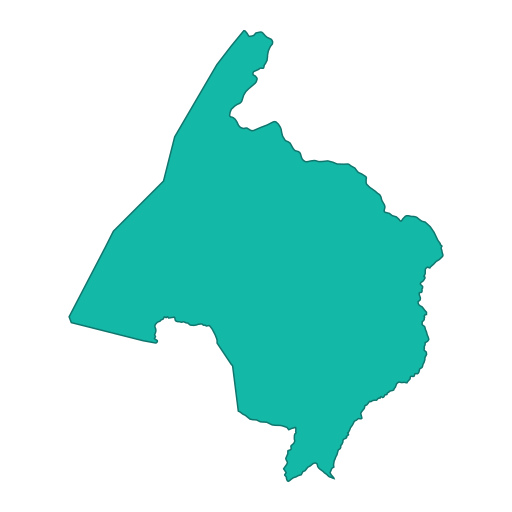 Patuca, Olancho, Honduras (orthographic projection)
{"feature_id": "27666195B65375396253537", "entity_name": "Patuca", "entity_type": "district", "adm_level": 2, "iso_a3": "HND", "parent_name": "Honduras", "parent_adm1": "Olancho", "projection": "orthographic", "projection_center": [-85.91, 14.325], "detail": "fine", "context": "isolated", "style": "filled", "palette": "teal", "viewbox_px": 512, "rotation_deg": 0, "n_neighbors": 0, "source": "geoboundaries", "source_scale": "gbopen_adm2", "svg_char_len": 6081}
<svg xmlns="http://www.w3.org/2000/svg" viewBox="0 0 512 512"><path d="M143.0,340.7L155.6,343.0L156.2,342.9L157.0,342.2L157.4,341.3L157.3,340.6L154.8,338.9L154.4,338.3L154.5,338.0L155.5,336.8L155.4,336.3L154.8,335.4L154.6,334.9L155.6,332.2L155.9,330.8L155.7,328.9L154.8,326.7L155.1,325.1L155.3,324.5L157.1,322.5L158.2,321.8L159.9,321.3L160.9,320.1L163.2,319.0L164.0,317.3L164.4,316.9L166.1,317.6L166.5,317.5L167.2,316.8L167.5,316.7L167.8,316.9L168.6,318.0L174.3,317.2L174.8,317.8L175.2,320.1L175.7,320.8L176.2,321.2L177.4,321.6L180.1,321.8L181.5,322.3L183.5,321.7L186.2,322.9L187.2,322.9L188.0,323.2L189.7,324.7L190.5,325.1L193.8,325.4L196.3,325.0L198.3,324.3L201.5,323.9L202.1,324.1L202.7,324.7L203.8,325.3L205.0,325.1L206.3,326.0L208.8,325.6L209.4,325.7L209.7,325.9L212.2,329.1L215.1,334.7L216.7,338.7L217.1,340.5L217.1,343.1L231.3,364.4L232.6,365.8L238.3,411.1L240.1,412.0L242.8,414.1L245.3,415.3L250.1,419.2L252.9,419.7L256.5,419.9L259.9,421.6L261.0,421.9L266.6,422.2L272.2,424.9L275.5,425.3L280.2,425.4L282.2,425.8L287.0,427.4L288.7,429.7L289.4,429.5L291.9,428.3L294.1,427.9L294.9,427.4L295.3,427.5L295.7,427.7L295.9,429.3L295.7,431.5L296.0,432.7L295.7,433.3L294.9,433.9L294.4,435.5L294.3,439.0L294.8,440.9L294.7,441.3L293.8,443.3L291.1,445.7L290.9,446.4L291.2,448.5L291.0,449.2L290.4,449.8L288.1,450.6L287.9,450.8L287.8,453.8L285.8,458.3L286.0,459.4L287.4,462.1L287.3,463.0L286.7,464.4L283.6,468.8L286.1,472.5L285.9,473.1L284.7,474.6L284.7,475.1L286.3,476.9L286.5,478.7L286.9,479.9L287.5,480.9L288.2,481.3L289.4,480.8L291.5,479.0L293.4,477.7L296.0,476.9L298.1,475.7L301.3,474.7L302.7,471.8L305.2,470.6L307.8,467.2L310.3,465.9L312.9,463.7L314.9,462.9L316.0,463.2L317.2,464.1L317.7,466.5L318.6,467.9L320.0,469.2L323.3,471.6L324.4,472.8L326.6,474.3L328.6,476.3L329.8,477.0L331.1,477.3L332.4,478.0L334.0,478.5L333.7,477.7L331.1,474.7L330.0,472.6L331.0,470.5L331.3,469.5L331.9,468.5L332.5,467.8L333.8,467.2L333.8,466.5L333.6,465.4L333.6,464.3L334.2,460.8L335.0,459.2L335.8,456.8L336.9,454.9L338.2,450.2L338.6,449.7L339.9,448.9L340.4,448.2L340.8,447.1L340.6,445.9L342.0,444.1L342.7,442.5L342.9,441.9L342.9,440.5L343.3,439.8L344.2,438.8L345.1,438.6L346.4,437.9L346.7,437.2L346.4,436.5L348.5,434.8L348.5,434.3L347.8,433.4L347.7,432.9L348.3,432.6L349.7,429.9L350.4,427.9L352.6,424.8L354.2,421.5L354.7,421.0L356.5,420.1L358.3,418.6L361.1,418.8L361.8,418.4L361.9,417.9L360.7,413.3L361.9,411.4L364.3,408.4L365.0,405.6L365.5,405.3L366.2,405.2L366.9,404.8L369.6,401.4L370.8,401.7L372.8,400.5L374.9,400.2L376.6,400.2L378.1,398.5L378.9,398.1L380.1,398.1L380.4,397.2L381.0,396.6L382.5,397.5L383.5,397.2L383.9,396.7L385.0,394.8L386.7,394.6L387.1,394.1L387.2,393.4L387.5,392.9L388.7,392.2L390.3,390.9L392.5,390.5L393.7,390.0L394.1,388.8L395.4,387.1L396.5,384.0L397.3,383.1L398.8,382.1L399.4,382.1L401.6,382.6L404.5,382.3L406.3,382.8L407.1,382.7L407.4,381.9L410.0,379.0L410.4,376.9L410.7,376.5L411.4,376.2L412.9,376.5L413.9,376.3L414.2,376.0L414.9,373.8L415.8,373.6L417.3,373.8L418.3,373.1L418.9,372.0L419.7,369.0L420.3,368.4L421.5,367.9L422.2,367.2L422.7,365.8L422.9,364.5L424.0,362.5L424.9,359.6L424.9,357.7L426.6,354.4L426.3,352.1L424.2,350.2L424.1,349.3L424.4,348.0L424.1,346.9L425.0,345.0L425.2,342.7L427.5,341.3L428.6,339.9L428.8,339.3L428.3,337.4L427.2,334.8L426.5,332.0L425.4,329.4L424.9,327.1L424.1,326.1L422.5,325.0L422.0,324.1L422.2,323.3L422.2,321.6L423.4,320.8L424.2,319.6L424.2,318.3L424.6,317.3L424.1,316.1L424.7,315.6L425.1,314.7L426.5,314.5L426.5,312.2L424.3,309.8L423.4,308.4L421.9,306.7L420.4,306.0L419.1,305.0L418.4,303.9L418.1,302.8L418.1,301.7L420.1,300.0L420.4,298.7L420.4,297.8L419.3,294.9L419.2,293.1L419.7,292.6L421.3,292.4L421.8,292.0L422.1,290.9L421.9,289.0L422.6,288.0L422.6,286.4L420.7,284.6L420.4,284.0L420.4,283.5L421.0,282.4L422.5,281.5L423.5,280.5L425.0,278.0L424.9,277.1L424.5,276.7L424.0,276.6L423.9,276.2L424.8,274.7L425.2,273.6L425.3,269.4L425.8,268.4L427.5,267.1L429.4,267.9L429.9,267.9L430.4,267.0L433.9,263.9L436.1,261.5L439.4,259.5L442.5,256.5L442.9,255.6L442.9,254.8L442.2,252.5L441.7,249.9L441.1,248.3L441.3,247.3L441.9,246.4L441.8,245.8L440.3,244.6L440.2,243.5L437.9,240.4L434.1,232.4L430.3,226.8L425.2,222.1L421.8,221.2L419.3,219.4L417.0,217.5L416.0,217.0L413.9,216.5L411.1,216.4L409.3,215.9L407.8,215.7L406.3,215.8L405.3,216.3L402.9,218.8L401.5,220.8L401.1,221.1L400.6,221.1L399.8,220.5L399.0,219.3L396.4,216.9L392.2,215.6L389.4,213.4L385.5,212.4L384.6,211.9L384.2,211.3L384.2,210.3L384.9,207.5L384.8,206.1L384.4,204.9L382.0,200.7L381.5,199.3L381.0,197.0L379.7,194.7L377.6,193.3L375.1,191.1L369.7,187.3L366.7,184.3L366.2,183.2L366.1,181.8L366.1,180.1L366.4,177.8L365.9,176.7L361.6,173.9L358.4,172.5L356.7,170.6L354.9,168.1L350.8,165.8L349.2,164.5L347.9,164.0L343.9,164.2L337.1,164.0L333.1,162.3L327.8,160.9L322.2,161.5L319.6,161.6L318.2,161.5L316.1,160.8L314.4,160.5L311.1,160.9L306.8,161.8L305.2,161.6L303.4,160.4L302.0,158.7L301.5,157.4L300.4,153.7L299.7,152.5L298.4,151.6L295.5,150.8L294.4,150.1L293.0,148.3L290.1,143.1L288.2,141.8L285.8,140.8L285.0,140.1L282.6,136.1L281.7,132.6L281.1,129.2L280.3,127.2L278.4,124.2L276.1,122.0L274.8,121.6L273.2,121.9L266.9,125.1L260.8,127.4L253.7,130.5L251.9,130.7L250.6,130.3L246.9,128.0L245.4,128.1L243.6,128.5L241.8,128.0L240.3,127.3L238.6,125.5L236.8,121.7L235.1,119.2L233.4,117.8L231.9,117.1L230.9,117.0L229.9,116.2L229.6,115.5L229.7,114.5L230.2,112.0L231.4,109.2L234.8,106.0L237.2,104.4L239.8,103.3L241.1,102.1L241.8,101.1L243.7,95.1L245.9,91.5L248.5,88.9L255.2,83.2L256.3,81.7L257.1,79.0L257.0,78.2L255.4,76.1L253.2,74.9L252.9,73.3L253.2,72.2L253.9,71.5L258.6,69.4L260.3,68.1L262.8,68.3L263.5,68.1L263.9,67.1L264.2,65.3L265.8,62.9L266.4,61.5L267.0,60.6L267.5,56.8L267.5,55.3L268.3,51.1L269.8,47.6L270.7,46.0L272.3,44.1L272.6,42.9L272.6,41.6L272.1,40.5L271.4,39.4L266.9,37.2L265.2,35.7L262.8,33.0L261.7,32.2L260.4,32.0L256.2,32.9L255.6,33.2L254.3,34.9L253.5,35.5L252.1,36.0L249.4,36.4L248.6,35.9L247.0,33.2L245.4,31.3L244.8,30.8L243.8,30.7L231.4,45.8L216.9,64.6L174.7,136.8L163.5,181.1L113.4,231.2L105.6,246.7L69.1,316.8L71.3,322.6L143.0,340.7Z" fill="#14b8a6" stroke="#0f766e" stroke-width="1.5"/></svg>